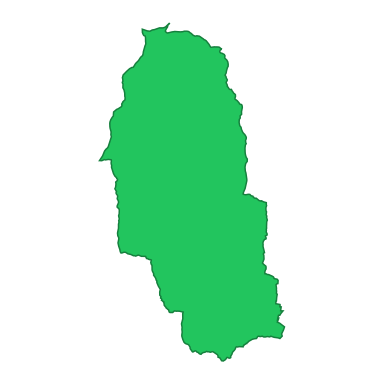 the district of Rosario de Lerma, Salta, Argentina
{"feature_id": "61730980B26191328353907", "entity_name": "Rosario de Lerma", "entity_type": "district", "adm_level": 2, "iso_a3": "ARG", "parent_name": "Argentina", "parent_adm1": "Salta", "projection": "albers", "projection_center": [-65.767, -24.539], "detail": "fine", "context": "isolated", "style": "filled", "palette": "green", "viewbox_px": 384, "rotation_deg": 0, "n_neighbors": 0, "source": "geoboundaries", "source_scale": "gbopen_adm2", "svg_char_len": 6003}
<svg xmlns="http://www.w3.org/2000/svg" viewBox="0 0 384 384"><path d="M192.3,351.7L192.9,352.0L195.0,350.9L195.6,350.9L196.4,351.4L196.8,352.0L198.3,352.6L199.4,353.8L201.0,354.3L202.2,353.1L203.2,352.6L205.3,352.1L206.6,351.4L207.6,351.8L209.2,351.8L210.0,352.2L210.7,352.2L212.0,351.7L213.0,351.7L217.3,354.6L217.9,355.4L218.1,357.3L219.3,357.6L219.9,358.0L221.2,360.0L221.5,360.7L223.3,361.0L225.5,359.6L226.9,357.5L227.6,357.5L229.0,358.1L229.9,358.1L230.6,357.7L230.8,357.2L230.7,356.0L231.8,354.5L232.5,352.3L234.5,350.1L235.4,348.7L235.6,347.6L236.4,346.8L237.6,347.0L239.1,346.6L243.1,346.8L243.1,346.3L243.9,345.5L243.9,345.0L245.7,344.0L246.2,343.4L246.7,343.5L246.8,343.1L247.5,342.7L248.8,341.3L252.3,339.3L254.2,338.8L256.5,338.5L257.7,336.5L258.7,336.2L260.1,336.6L262.3,336.2L263.5,336.9L265.1,337.0L267.4,336.5L269.8,336.9L270.8,336.2L274.1,337.3L278.3,337.9L279.9,338.5L282.2,336.1L281.6,333.9L283.5,329.9L284.5,326.9L279.7,323.2L277.3,322.1L278.0,320.3L277.4,320.2L277.7,319.1L278.4,319.2L278.8,318.0L277.8,317.9L278.5,315.3L279.8,315.3L280.8,313.6L283.0,310.9L280.6,310.8L281.1,307.4L280.6,307.2L280.9,306.8L279.9,306.6L280.1,305.0L280.0,304.5L275.8,303.7L275.9,301.2L276.4,301.1L276.7,297.2L277.2,294.2L276.4,293.4L276.6,291.4L276.4,289.4L276.5,288.2L276.0,284.8L276.9,283.8L277.9,283.6L278.1,280.5L277.4,279.4L276.8,279.1L274.4,278.7L274.0,278.5L273.9,277.6L273.4,276.9L272.1,276.1L268.7,274.6L267.1,274.5L266.6,274.0L265.0,273.7L265.1,273.2L264.8,272.8L264.8,271.9L265.5,269.8L266.1,268.9L265.9,267.9L266.1,267.4L265.9,266.2L263.7,264.4L262.5,263.1L264.0,259.1L263.8,255.2L263.4,254.5L263.4,253.8L263.6,253.1L264.5,252.7L263.0,246.3L263.1,244.5L262.9,242.9L263.4,241.2L264.2,239.9L264.8,239.2L265.8,239.1L266.2,238.1L265.7,237.2L265.4,235.9L267.1,235.0L267.1,234.3L267.0,233.5L266.2,232.1L266.4,230.3L266.2,229.2L266.5,228.8L266.6,227.8L266.5,227.3L266.7,221.8L267.3,220.1L266.6,217.4L266.8,216.1L266.1,214.6L266.4,213.1L266.5,211.6L266.0,210.8L265.9,208.6L266.0,207.3L266.6,205.6L266.3,204.6L266.3,202.6L263.4,201.8L261.8,200.9L261.3,200.8L261.0,201.2L259.9,200.7L259.1,200.6L256.4,198.3L255.9,198.1L255.1,198.4L254.1,197.9L253.8,197.3L253.4,197.3L252.9,196.2L251.2,195.8L249.8,194.4L248.2,194.3L245.7,194.8L243.7,194.4L243.1,194.0L243.4,192.5L245.1,188.5L246.8,180.8L246.8,179.2L245.9,173.0L245.3,171.0L245.0,167.1L245.7,163.5L247.2,161.4L247.3,159.0L246.3,157.5L245.7,155.7L245.3,153.9L245.1,152.1L245.0,147.9L245.4,144.9L246.2,143.7L245.8,142.9L245.5,140.5L246.2,138.8L246.3,137.4L245.9,136.4L244.7,134.4L243.8,133.6L242.8,132.4L241.5,129.5L241.0,127.2L240.0,126.0L239.7,125.4L239.1,122.4L239.3,119.4L240.1,118.3L240.2,117.7L240.1,115.9L241.6,114.3L241.5,111.7L242.3,107.6L242.2,106.0L241.6,104.6L239.6,104.0L239.1,102.9L237.2,100.7L235.0,99.1L235.0,97.9L235.5,96.6L235.4,94.7L234.5,93.7L233.8,93.4L232.7,91.6L232.1,90.9L231.4,89.4L230.1,89.5L229.0,88.8L228.1,87.2L227.3,86.5L227.3,85.2L226.2,82.8L226.1,82.3L227.1,80.7L227.3,79.8L226.3,78.0L225.9,76.3L225.1,75.4L225.2,74.8L226.1,73.1L226.5,70.8L227.4,67.6L228.1,66.4L228.2,64.3L227.8,61.9L226.7,59.9L225.0,58.4L224.7,57.2L225.0,55.9L224.3,54.5L222.1,53.3L220.5,52.9L219.8,52.0L219.7,51.6L220.0,50.6L220.3,50.0L221.2,49.5L221.4,48.7L220.6,48.4L219.5,47.3L218.3,47.0L214.1,46.9L211.0,47.3L210.6,47.1L208.9,44.2L206.2,40.8L204.9,39.9L204.0,39.7L203.6,39.1L199.4,36.2L196.8,35.8L195.1,36.2L193.1,35.2L191.2,33.4L190.0,32.7L189.3,32.0L188.5,31.5L186.9,31.2L184.4,31.2L182.6,31.7L180.4,31.9L174.8,31.5L171.6,32.0L167.7,33.0L166.9,32.8L165.6,31.7L165.4,31.2L165.5,30.5L166.3,28.8L167.5,27.0L167.8,25.3L169.4,23.6L169.6,23.0L165.5,27.0L163.1,27.9L159.4,27.9L154.5,29.6L152.2,30.0L150.0,31.2L147.3,30.9L142.3,29.2L142.4,32.5L143.1,34.3L143.8,35.5L145.2,36.1L145.5,37.6L145.6,41.8L145.8,43.2L145.7,44.3L145.0,45.9L143.4,51.6L143.1,53.8L142.6,55.5L140.6,57.3L138.5,60.6L135.6,63.5L133.3,67.3L131.8,67.5L129.6,68.7L126.7,71.3L123.2,74.9L122.4,77.8L122.7,78.8L122.9,81.3L122.3,82.2L122.5,83.2L123.0,83.9L122.9,87.8L124.0,89.9L124.7,93.0L124.8,96.3L125.1,97.4L125.0,99.8L122.9,101.7L122.8,102.5L122.1,103.2L121.7,104.2L122.0,105.2L121.5,106.6L118.1,108.8L116.6,109.4L113.6,112.0L113.3,116.1L112.3,117.2L110.8,119.7L110.0,121.9L109.8,123.3L109.9,126.6L110.1,128.2L111.1,131.9L110.9,134.8L111.4,136.8L108.2,146.8L107.3,148.1L106.0,149.2L104.6,151.0L102.6,155.9L99.5,160.6L101.8,160.7L104.3,159.6L105.5,159.9L108.4,159.4L111.2,159.8L111.4,160.9L111.1,162.9L111.2,163.9L111.7,165.6L111.5,167.2L113.5,173.6L114.8,176.0L116.6,177.8L116.7,178.5L117.5,179.2L117.5,179.9L117.0,180.9L115.9,181.8L115.7,182.4L116.0,183.8L115.9,184.7L115.6,187.1L114.9,188.8L116.5,191.5L116.1,192.2L116.2,193.7L117.2,195.0L117.7,196.1L117.2,198.8L118.2,200.6L118.6,202.2L117.8,204.5L117.3,205.4L117.1,206.7L117.3,207.4L118.6,208.4L119.3,209.7L119.2,213.7L118.6,215.8L119.3,219.0L118.7,220.7L119.0,222.0L118.5,224.1L118.5,228.2L117.5,233.1L117.8,235.8L118.6,237.4L118.8,238.8L118.0,242.9L118.7,246.2L119.8,249.4L120.3,251.8L121.0,253.0L122.1,252.9L123.8,252.3L125.0,252.2L126.1,252.6L127.8,253.8L130.7,254.4L133.4,255.7L134.5,255.7L135.7,256.1L137.9,255.2L138.6,255.1L141.3,256.3L145.6,256.4L145.8,257.1L146.2,257.4L146.5,258.5L147.9,258.7L148.2,259.1L149.5,259.6L150.9,259.7L151.3,260.1L150.8,262.5L151.0,263.4L151.4,264.6L152.0,265.3L152.1,270.0L152.4,271.1L153.7,273.7L153.6,275.2L155.2,277.4L155.9,278.8L156.1,280.0L156.8,280.8L156.9,282.7L158.4,286.2L160.3,289.4L159.7,292.0L159.8,295.2L160.9,296.5L160.6,298.1L161.2,298.4L161.6,298.9L161.8,299.7L161.5,300.2L162.8,301.2L163.1,301.7L163.9,302.0L163.8,302.9L164.2,303.9L164.1,305.0L164.7,305.9L166.2,307.7L166.3,308.2L166.8,308.4L167.8,309.4L168.5,309.7L169.2,312.0L170.0,312.5L172.7,312.5L174.4,310.9L176.4,311.2L177.7,311.1L179.4,311.2L183.2,312.1L182.7,313.7L182.8,318.7L181.5,323.9L182.1,327.4L181.9,329.3L182.2,332.1L181.8,335.2L181.9,336.4L182.8,339.4L184.0,342.2L185.0,343.2L186.0,343.8L187.9,344.4L188.8,345.0L190.1,347.3L190.2,348.7L192.3,351.7Z" fill="#22c55e" stroke="#15803d" stroke-width="1.5"/></svg>